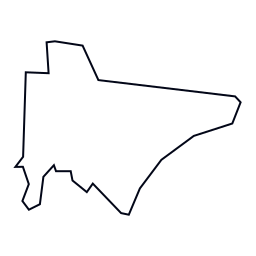 Trousdale, Tennessee, United States of America
{"feature_id": "52423323B18909606925754", "entity_name": "Trousdale", "entity_type": "district", "adm_level": 2, "iso_a3": "USA", "parent_name": "United States of America", "parent_adm1": "Tennessee", "projection": "mercator", "projection_center": [-86.184, 36.391], "detail": "fine", "context": "isolated", "style": "outline", "palette": "ink", "viewbox_px": 256, "rotation_deg": 0, "n_neighbors": 0, "source": "geoboundaries", "source_scale": "gbopen_adm2", "svg_char_len": 446}
<svg xmlns="http://www.w3.org/2000/svg" viewBox="0 0 256 256"><path d="M54.9,41.3L46.6,42.3L48.6,73.2L25.8,72.3L23.1,156.8L15.4,166.9L22.9,166.8L28.8,184.1L22.4,201.0L28.9,209.7L39.9,204.2L43.4,176.8L53.9,165.2L56.0,171.2L70.7,171.2L72.5,180.5L86.8,192.1L92.8,183.6L121.1,213.1L128.8,214.7L139.9,188.4L161.4,159.8L193.8,135.9L232.3,123.5L240.6,102.3L235.1,96.4L98.4,80.1L82.6,45.6L54.9,41.3Z" fill="none" stroke="#020617" stroke-width="2"/></svg>